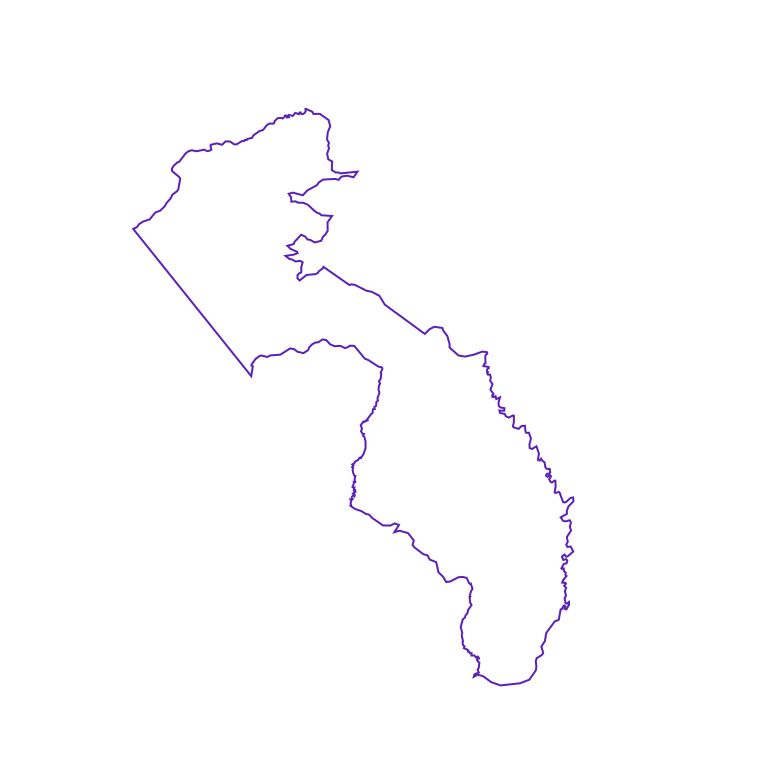 São Félix do Araguaia, Mato Grosso, Brazil, rotated 220°
{"feature_id": "56859067B54991290304343", "entity_name": "São Félix do Araguaia", "entity_type": "district", "adm_level": 2, "iso_a3": "BRA", "parent_name": "Brazil", "parent_adm1": "Mato Grosso", "projection": "robinson", "projection_center": [-52.053, -11.478], "detail": "fine", "context": "isolated", "style": "outline", "palette": "violet", "viewbox_px": 768, "rotation_deg": 220, "n_neighbors": 0, "source": "geoboundaries", "source_scale": "gbopen_adm2", "svg_char_len": 6153}
<svg xmlns="http://www.w3.org/2000/svg" viewBox="0 0 768 768"><g transform="rotate(220 384 384)"><path d="M683.2,410.9L673.6,410.9L672.0,410.2L666.9,401.3L666.4,399.0L667.8,392.8L666.8,389.5L666.9,382.6L666.2,379.5L666.8,373.1L669.4,368.3L669.3,359.5L673.0,353.6L674.4,349.0L674.1,345.5L675.8,341.6L490.8,304.7L495.8,313.2L497.4,312.9L497.9,313.6L498.5,320.2L497.5,325.1L496.4,326.9L490.7,329.8L489.5,332.8L482.3,339.8L478.7,351.0L475.2,352.9L471.0,353.1L465.5,355.9L463.9,361.3L464.8,363.9L464.7,367.7L463.3,371.5L461.1,373.8L459.8,378.6L456.4,380.5L450.9,379.8L446.2,381.1L441.9,385.2L437.1,386.4L435.3,389.0L434.9,391.2L431.3,394.1L415.0,391.1L411.3,392.3L399.5,393.7L396.3,395.4L395.0,394.6L393.7,390.3L392.8,390.2L389.9,385.9L389.6,382.8L387.3,381.9L386.8,379.5L384.7,376.3L381.9,374.3L379.7,368.7L377.9,367.4L378.4,365.5L376.0,362.2L376.7,360.2L375.0,358.9L376.2,357.5L374.0,354.1L374.5,353.2L374.2,346.4L373.2,345.8L373.7,344.6L374.1,345.3L374.9,341.9L375.6,341.8L375.3,337.4L372.1,335.6L371.2,333.0L368.3,332.1L367.3,332.8L366.8,330.9L365.1,330.9L361.3,328.2L356.9,323.0L354.5,316.6L354.3,313.8L354.9,312.5L354.2,312.2L355.4,310.9L355.0,309.0L356.3,306.0L355.8,304.8L356.6,302.1L355.1,302.2L355.0,299.8L353.7,299.9L353.0,298.2L350.2,295.9L347.5,294.7L346.8,295.1L345.1,291.9L343.1,290.5L344.3,289.6L342.9,288.1L342.1,284.9L340.6,284.8L340.1,285.6L338.8,283.1L338.0,282.8L337.7,284.0L336.5,283.1L337.4,280.2L335.0,280.2L334.5,279.0L336.0,279.3L336.1,278.5L336.0,276.5L335.3,275.6L334.2,275.8L334.2,274.8L335.5,273.9L333.9,273.4L332.7,270.9L331.4,270.3L331.5,269.1L325.7,269.7L319.7,272.1L314.4,272.8L311.6,274.3L306.8,273.8L293.8,275.0L288.0,279.8L286.2,284.1L281.9,285.6L280.8,277.2L277.8,281.6L269.8,285.2L260.7,283.4L258.6,279.0L255.3,278.4L244.5,278.9L240.5,280.7L236.1,278.9L229.5,281.1L221.3,274.8L214.7,274.3L209.1,272.3L206.3,275.3L202.8,283.8L199.5,286.9L196.0,288.6L190.9,286.2L189.6,286.1L189.2,286.9L184.5,283.9L184.1,281.1L181.8,276.2L181.2,276.4L181.2,275.6L177.9,272.2L174.8,270.9L174.4,265.1L172.8,262.0L172.8,259.2L171.8,257.0L172.4,254.4L169.0,247.1L164.1,243.7L162.9,241.4L158.0,237.6L157.9,236.6L155.5,234.8L153.8,234.8L153.0,233.0L148.9,234.2L147.6,233.0L146.8,233.7L145.2,232.9L143.9,234.1L142.5,232.2L140.2,234.2L137.8,233.6L137.1,235.4L135.5,235.3L134.8,234.6L136.0,233.6L135.1,232.1L131.8,231.8L129.0,227.5L128.6,225.3L125.9,223.9L128.1,219.7L127.0,217.4L125.5,221.5L120.3,223.9L110.3,224.5L101.0,228.0L87.4,242.2L82.6,250.9L83.6,262.2L85.6,265.4L89.5,269.2L90.8,272.0L88.9,277.9L89.1,280.3L94.7,284.0L95.5,290.5L99.7,297.6L100.6,311.8L98.6,315.7L103.8,324.9L103.1,325.7L103.9,329.7L103.2,330.4L102.1,330.3L101.2,327.8L99.4,328.5L100.4,333.9L102.2,335.9L102.7,333.3L104.2,332.9L108.1,336.2L108.5,338.8L112.2,341.5L113.5,345.0L116.3,345.2L116.3,347.9L117.2,348.3L119.8,346.4L120.7,349.1L120.8,354.3L122.5,354.5L123.5,356.3L125.4,356.3L127.8,358.2L128.9,356.6L129.6,356.8L130.6,361.5L128.9,364.1L130.1,366.6L131.9,366.9L133.5,364.5L136.6,366.0L136.8,366.8L136.1,369.4L133.6,368.7L132.5,370.0L131.3,377.3L136.6,379.5L138.8,377.1L141.2,378.2L141.7,381.1L145.6,384.4L146.5,392.0L149.9,394.1L151.8,398.1L154.1,399.0L156.7,395.4L158.7,394.3L162.9,395.4L160.4,402.2L162.4,404.2L164.0,408.8L163.5,416.0L166.2,418.7L167.9,416.4L168.6,410.9L169.7,409.1L171.0,408.7L179.5,413.6L180.7,413.7L182.6,410.7L183.8,410.8L186.6,415.8L190.5,420.0L191.2,419.8L192.0,416.6L193.2,416.0L196.3,417.2L196.6,420.5L198.7,421.1L198.9,418.0L201.1,418.0L201.5,419.9L200.0,421.5L199.8,423.1L202.3,425.4L204.7,423.7L206.5,423.7L210.7,427.2L213.3,426.9L215.7,427.8L215.6,425.3L217.4,424.8L220.5,430.2L227.2,434.3L228.9,429.3L231.2,428.6L233.7,431.1L236.4,436.7L241.7,439.8L243.6,438.0L245.0,438.5L249.2,442.6L251.6,440.3L252.0,436.2L256.5,434.2L258.0,434.3L259.8,438.0L264.1,443.2L264.9,443.0L266.8,438.5L270.2,437.6L272.1,438.7L276.5,436.4L278.6,437.8L274.7,440.8L276.2,442.9L280.2,440.7L282.4,441.3L284.4,443.6L286.6,448.3L288.3,444.6L290.6,446.3L291.5,444.3L292.7,444.0L292.5,444.8L293.8,445.0L293.6,446.7L298.9,448.1L300.8,453.7L304.8,454.7L306.4,457.7L308.8,459.4L310.3,458.0L311.4,458.2L312.0,459.8L312.6,459.3L313.7,460.2L314.4,461.6L314.0,463.5L314.8,464.3L319.4,461.6L320.1,463.8L319.5,465.0L323.5,469.5L324.8,471.5L324.4,473.7L325.8,474.5L329.5,472.0L334.0,464.3L339.5,457.1L345.4,453.7L357.2,454.1L359.6,456.9L366.4,461.5L372.1,462.7L375.4,464.4L382.3,460.1L384.3,455.4L384.9,448.6L434.4,445.3L444.3,448.6L453.0,446.6L457.3,444.2L470.1,441.2L473.2,439.3L474.0,437.6L505.7,434.8L505.2,433.4L506.4,428.5L506.0,426.4L507.1,424.1L513.4,417.8L515.2,409.0L518.3,409.4L520.3,412.0L519.9,415.1L519.2,415.8L519.5,416.9L522.4,420.2L524.6,425.0L527.3,424.5L530.5,421.0L534.9,420.2L536.5,419.0L541.8,418.8L536.3,425.1L534.3,428.7L535.6,429.4L542.5,427.4L546.9,427.8L543.1,433.1L543.9,435.4L543.4,445.1L539.0,446.3L535.6,445.5L533.1,447.0L528.0,447.9L524.2,453.3L525.4,458.3L524.9,460.2L525.6,465.1L531.2,471.6L531.8,479.3L540.6,472.9L543.0,473.2L544.4,472.3L549.1,471.9L557.4,472.4L562.2,471.0L566.7,467.5L569.1,467.1L572.2,464.1L575.3,467.3L579.3,468.5L576.8,472.0L567.5,476.4L567.1,483.2L563.2,493.1L563.5,496.4L562.1,501.4L553.2,509.7L549.9,511.3L550.0,514.5L549.2,516.5L545.9,520.0L540.2,522.8L540.8,529.6L552.9,517.2L555.0,516.8L556.8,515.0L561.5,514.3L566.7,521.1L571.1,520.3L575.6,523.9L577.8,529.5L579.8,530.5L581.3,533.5L584.4,534.4L586.1,536.5L589.0,541.0L590.8,546.8L596.1,550.6L606.8,549.7L611.7,545.5L613.8,546.5L620.3,544.7L620.9,544.2L619.3,542.5L619.0,540.7L619.6,538.8L620.9,537.7L622.6,538.4L623.2,537.5L622.6,535.9L626.2,534.7L626.2,530.7L629.9,529.0L630.0,527.7L628.4,527.2L629.6,525.8L631.7,526.6L632.4,526.1L631.9,524.1L632.4,522.1L634.0,521.7L636.3,519.2L636.8,514.9L635.9,513.8L636.0,512.5L639.3,509.7L640.2,506.6L639.9,500.9L641.9,497.8L643.9,490.4L643.3,487.7L646.2,483.8L646.0,482.6L647.5,481.7L647.3,480.0L648.8,479.2L651.0,472.7L652.9,471.3L658.0,470.7L661.4,467.8L661.8,463.2L666.7,460.9L670.4,456.0L670.0,454.9L666.9,452.6L667.4,450.9L669.2,448.7L672.3,448.0L677.3,441.7L681.5,439.5L683.4,436.6L684.2,433.2L683.7,422.4L684.7,421.0L685.4,416.0L684.9,412.7L683.2,410.9Z" fill="none" stroke="#5b21b6" stroke-width="2"/></g></svg>